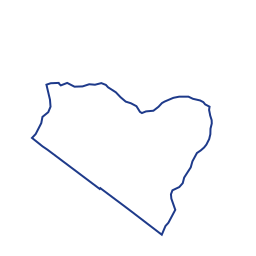 the district of Benton, Washington, United States of America, rotated 307°
{"feature_id": "52423323B67037278576088", "entity_name": "Benton", "entity_type": "district", "adm_level": 2, "iso_a3": "USA", "parent_name": "United States of America", "parent_adm1": "Washington", "projection": "mercator", "projection_center": [-119.362, 46.282], "detail": "fine", "context": "isolated", "style": "outline", "palette": "blue", "viewbox_px": 256, "rotation_deg": 307, "n_neighbors": 0, "source": "geoboundaries", "source_scale": "gbopen_adm2", "svg_char_len": 1001}
<svg xmlns="http://www.w3.org/2000/svg" viewBox="0 0 256 256"><g transform="rotate(307 128 128)"><path d="M62.3,57.3L61.9,70.8L62.2,76.7L62.3,142.1L63.3,142.1L63.4,177.6L63.1,219.2L72.3,216.9L76.6,217.3L91.1,215.0L97.7,205.1L100.9,202.2L105.0,201.0L111.7,204.5L116.9,204.9L122.2,202.7L124.7,202.5L134.3,201.8L140.2,199.5L149.5,198.1L153.9,199.6L158.2,200.5L161.9,200.6L168.0,199.5L172.6,197.5L177.1,194.3L182.0,192.2L184.6,190.1L187.6,185.9L188.1,185.4L188.3,185.2L191.2,181.9L194.1,180.3L193.3,175.4L194.0,172.6L193.4,169.0L190.4,162.3L189.4,157.4L183.8,150.0L180.0,146.6L179.1,145.9L171.1,141.3L168.3,140.1L163.3,139.6L157.1,137.9L152.1,132.4L148.3,130.1L148.1,127.8L150.5,121.6L149.5,115.4L147.7,110.3L148.1,103.5L149.2,96.8L148.5,87.6L149.1,84.4L147.8,79.7L142.7,75.6L139.6,70.7L133.9,66.7L128.8,60.4L127.4,52.3L121.6,48.7L121.8,46.8L122.3,45.5L117.2,39.3L113.5,36.8L103.6,48.7L98.4,53.3L92.6,54.8L85.4,53.0L79.7,55.8L67.6,57.9L62.3,57.3Z" fill="none" stroke="#1e3a8a" stroke-width="2"/></g></svg>